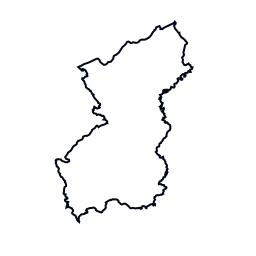 the district of Shwebo, Sagaing, Myanmar, rotated 247°
{"feature_id": "60261553B74508542584232", "entity_name": "Shwebo", "entity_type": "district", "adm_level": 2, "iso_a3": "MMR", "parent_name": "Myanmar", "parent_adm1": "Sagaing", "projection": "natural_earth1", "projection_center": [95.37, 22.738], "detail": "fine", "context": "isolated", "style": "outline", "palette": "ink", "viewbox_px": 256, "rotation_deg": 247, "n_neighbors": 0, "source": "geoboundaries", "source_scale": "gbopen_adm2", "svg_char_len": 5844}
<svg xmlns="http://www.w3.org/2000/svg" viewBox="0 0 256 256"><g transform="rotate(247 128 128)"><path d="M203.6,106.0L198.7,108.1L198.4,109.1L200.0,109.4L199.6,110.0L199.1,110.0L197.8,111.4L193.9,111.7L193.5,110.9L192.4,111.2L191.5,110.8L192.0,108.6L191.3,107.5L191.2,106.4L191.6,105.3L190.8,104.9L187.7,106.0L186.0,105.6L184.1,105.9L182.2,105.2L180.4,105.9L178.7,107.3L178.2,107.5L177.3,107.3L176.6,108.2L173.2,108.4L172.9,108.9L171.9,108.7L171.8,109.2L170.8,108.6L168.7,108.9L164.1,110.5L162.7,110.3L161.3,111.7L160.8,111.7L160.1,111.3L159.3,109.6L158.9,109.5L157.9,110.0L157.7,109.7L158.0,107.1L160.7,105.3L160.3,104.9L159.5,105.1L159.6,104.7L159.0,103.7L158.2,103.6L158.3,102.8L157.7,102.8L157.7,102.4L156.3,102.0L154.9,102.3L153.5,104.3L152.1,104.5L152.0,106.2L151.2,107.0L151.2,107.6L149.4,108.5L149.3,109.2L148.7,109.6L148.7,110.1L147.4,110.5L146.3,110.0L145.5,110.3L145.2,109.2L144.8,110.0L143.0,111.2L142.1,111.3L140.5,110.9L140.9,110.3L140.9,109.5L140.4,108.8L140.8,103.2L140.2,101.3L142.1,100.7L142.3,99.9L140.8,97.1L140.3,94.2L139.5,93.7L137.0,89.8L136.8,87.0L137.4,86.1L137.6,83.4L135.8,81.9L135.4,81.1L135.5,77.1L134.7,75.4L133.4,74.7L133.0,74.0L132.7,71.5L132.2,70.2L129.6,66.7L128.7,63.0L127.8,62.2L125.8,58.8L123.9,59.0L121.9,61.2L120.4,60.9L120.2,58.4L121.1,57.0L123.6,54.3L125.1,54.0L126.6,51.6L126.5,50.9L126.9,50.3L126.9,49.6L126.4,48.7L125.0,48.7L123.9,47.7L122.6,47.9L120.5,47.4L119.5,48.2L117.4,48.5L116.0,47.2L114.4,46.8L112.4,47.6L111.6,47.0L109.3,47.2L108.4,48.2L104.9,48.7L103.9,49.4L102.7,48.7L101.5,49.1L99.7,48.8L98.7,48.3L98.3,46.4L96.0,44.9L94.3,44.2L93.0,43.1L92.0,43.3L91.3,44.6L90.7,44.1L89.2,43.7L87.7,44.8L86.9,44.8L86.5,43.7L86.9,42.4L86.3,41.8L85.8,41.6L84.3,42.2L83.3,44.1L82.9,43.9L82.8,43.0L82.2,42.8L82.0,42.3L81.4,42.1L80.9,42.9L80.3,42.7L80.0,42.2L80.0,41.0L78.9,40.3L79.0,40.9L78.4,42.1L78.4,42.7L75.8,45.0L75.1,44.9L74.2,45.3L73.0,45.0L71.8,43.4L71.1,43.2L69.4,44.1L68.1,45.4L62.7,45.3L60.6,46.3L61.2,46.7L62.4,46.6L64.1,47.0L64.2,47.6L65.4,48.0L66.7,51.2L65.9,54.6L66.7,55.6L66.0,56.4L66.0,57.5L67.2,58.0L68.5,57.3L69.4,58.3L69.2,61.6L68.5,63.6L68.3,65.1L67.4,66.1L66.0,66.7L64.8,66.4L63.0,67.8L60.7,70.4L60.7,71.2L61.7,72.4L62.1,74.3L63.2,76.4L65.5,77.1L67.1,78.8L68.1,78.5L68.7,82.1L68.7,83.1L68.3,83.9L68.5,84.4L68.2,84.8L68.4,85.9L66.5,89.9L65.0,90.7L63.9,90.4L60.6,91.8L60.0,92.5L59.9,94.8L59.5,95.8L58.6,96.6L55.3,98.2L54.3,98.3L53.0,99.2L52.5,101.5L51.2,103.1L50.2,106.6L49.8,106.8L49.9,108.0L48.5,108.4L48.6,109.3L49.6,109.7L50.4,110.7L50.1,111.6L49.2,112.9L48.5,113.2L47.5,113.1L47.0,113.6L48.0,114.3L48.3,115.2L48.8,119.2L48.5,120.7L47.2,121.0L47.4,121.2L47.3,121.6L46.4,122.6L47.4,123.2L48.8,122.5L49.5,122.6L50.4,123.2L51.4,124.9L52.8,124.7L54.2,125.5L54.0,126.1L54.8,127.5L54.8,128.7L54.0,130.0L53.9,132.3L53.4,132.8L53.6,134.7L54.5,134.7L55.8,136.1L56.9,136.1L57.3,137.0L57.3,138.7L57.8,139.9L58.6,140.2L60.0,138.7L61.2,138.9L63.0,136.4L63.6,136.3L64.1,135.6L64.2,134.4L64.8,134.5L66.4,136.2L66.4,138.1L67.1,138.7L67.0,139.8L68.8,141.5L68.4,142.7L68.7,143.3L70.1,143.7L70.0,145.1L70.3,145.3L71.5,144.7L72.5,145.5L72.2,145.9L71.2,145.9L71.1,146.3L71.9,147.1L74.3,147.2L74.8,148.4L77.1,148.1L77.5,148.9L77.9,149.1L79.0,149.2L80.8,148.7L81.2,149.0L84.0,149.2L85.7,148.3L86.2,148.7L87.7,149.1L87.6,146.9L88.4,145.8L88.8,146.1L89.7,146.0L90.1,146.5L92.0,145.0L95.1,144.2L95.6,145.7L98.1,146.4L98.8,146.9L99.0,148.0L98.9,149.5L101.1,150.7L101.4,151.2L101.3,152.6L102.3,153.4L102.4,154.2L104.4,156.7L104.4,158.0L105.5,160.4L106.6,160.7L108.7,162.5L109.4,164.0L109.7,165.6L111.4,167.1L112.1,167.1L113.1,167.7L114.5,167.8L116.6,166.3L117.3,166.1L117.5,166.4L117.9,166.2L118.2,164.4L118.7,164.1L119.2,164.8L120.5,164.6L122.1,162.8L122.6,163.3L122.8,164.1L123.1,164.1L123.1,164.5L123.7,164.7L123.6,165.1L123.0,165.3L123.4,166.9L126.0,166.5L126.8,167.1L127.7,166.4L128.6,166.7L129.8,165.7L130.2,165.7L130.2,167.2L131.6,168.6L132.5,168.7L132.5,165.5L134.1,165.9L135.2,165.7L135.2,166.3L134.9,166.7L135.6,167.0L135.7,167.4L135.4,167.7L136.1,168.0L136.1,168.5L136.8,168.7L137.0,169.4L137.5,169.7L138.8,168.5L139.9,168.4L140.9,168.7L142.0,168.5L141.8,169.5L142.4,169.8L142.6,169.6L142.3,168.7L142.6,168.2L143.4,168.9L143.0,169.4L143.3,170.7L146.0,170.4L145.8,172.6L146.3,173.3L146.2,174.0L148.6,174.9L149.1,175.7L149.0,176.3L148.0,176.9L147.4,176.8L146.3,175.6L145.9,176.4L145.9,178.6L147.3,179.1L148.0,178.2L148.3,178.3L148.1,178.9L146.7,180.3L147.1,180.8L147.0,181.9L147.4,182.6L149.0,183.8L147.5,185.5L147.3,186.3L148.0,187.2L149.3,187.4L150.4,187.9L150.4,189.3L150.1,190.0L151.7,192.6L153.9,192.8L154.2,193.3L153.9,194.2L153.2,195.0L152.4,195.1L151.3,196.2L151.4,197.0L151.9,197.3L154.2,196.1L155.2,196.8L156.1,199.0L156.1,199.8L155.4,200.7L154.6,200.3L153.9,200.3L153.4,199.8L153.0,200.4L153.3,201.1L154.2,201.7L155.9,201.8L156.3,202.3L155.5,204.3L156.7,205.7L155.4,206.7L155.2,207.6L156.8,207.4L157.3,207.7L157.4,210.1L158.7,211.1L159.8,209.7L161.4,210.0L162.8,208.9L163.7,208.9L163.3,206.3L163.6,205.0L164.1,204.4L167.5,204.0L169.1,205.2L171.8,205.4L172.7,207.3L173.5,208.2L175.4,208.3L182.1,213.0L182.6,215.3L183.5,215.7L187.4,214.5L189.9,213.2L190.2,212.7L193.9,211.9L195.6,212.5L195.8,211.7L201.1,210.2L203.4,210.2L204.6,210.7L205.0,212.2L206.1,213.0L207.6,212.6L206.9,211.6L206.7,210.7L206.2,199.7L205.5,198.5L206.4,196.5L207.6,197.0L209.5,196.8L209.6,193.4L207.9,191.8L207.9,190.8L207.5,190.7L206.3,188.0L204.7,186.0L203.5,183.9L202.9,181.4L202.7,178.2L204.1,174.8L204.1,173.6L203.0,171.2L203.1,168.9L204.9,166.2L204.8,164.8L205.1,163.6L205.8,163.4L207.3,162.3L207.6,160.7L205.8,158.2L204.7,154.5L201.1,149.3L200.0,145.8L200.0,143.5L199.7,143.0L197.4,141.3L195.7,138.1L196.4,135.4L195.5,133.9L195.1,132.2L195.6,130.4L199.4,128.3L202.1,128.2L203.6,127.4L203.8,126.8L204.0,125.8L203.6,117.3L204.0,112.6L203.6,109.5L203.6,106.0Z" fill="none" stroke="#020617" stroke-width="2"/></g></svg>